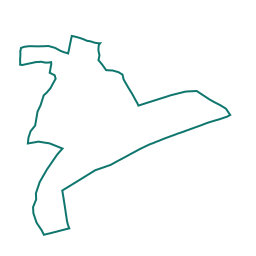 Jayawijaya, Papua, Indonesia, rotated 354°
{"feature_id": "22746128B40741333574981", "entity_name": "Jayawijaya", "entity_type": "district", "adm_level": 2, "iso_a3": "IDN", "parent_name": "Indonesia", "parent_adm1": "Papua", "projection": "albers", "projection_center": [138.85, -4.123], "detail": "fine", "context": "isolated", "style": "outline", "palette": "teal", "viewbox_px": 256, "rotation_deg": 354, "n_neighbors": 0, "source": "geoboundaries", "source_scale": "gbopen_adm2", "svg_char_len": 2557}
<svg xmlns="http://www.w3.org/2000/svg" viewBox="0 0 256 256"><g transform="rotate(354 128 128)"><path d="M128.1,74.3L125.8,72.6L124.3,71.4L122.4,70.7L118.7,69.2L112.3,68.2L110.8,65.5L108.8,62.0L105.7,57.4L107.2,52.9L107.1,51.6L107.1,51.4L106.8,48.9L106.7,47.5L106.8,46.7L107.2,44.3L107.3,43.9L107.7,42.3L109.1,40.8L107.8,40.7L104.7,40.0L102.5,39.1L99.5,37.8L96.6,37.1L95.3,36.4L92.7,34.9L89.4,33.4L88.8,33.2L86.8,32.3L83.7,31.2L81.7,30.6L78.4,40.8L77.4,44.1L77.1,45.0L76.2,47.6L72.8,46.1L72.4,46.0L70.3,44.9L69.6,44.6L68.9,44.2L64.9,41.4L64.5,41.2L63.7,40.6L61.9,39.9L60.1,39.2L57.6,38.2L57.3,38.1L56.8,38.1L53.2,37.9L48.4,37.5L48.2,37.5L45.5,37.2L39.2,36.4L38.2,36.3L33.3,36.4L29.9,37.2L29.8,37.5L29.4,39.4L28.9,40.1L28.8,42.2L28.8,42.3L28.5,44.9L27.9,48.3L27.8,49.0L27.6,51.9L27.3,53.7L29.4,54.3L33.9,53.8L38.8,53.3L39.0,53.3L42.4,52.9L42.5,52.8L44.3,52.9L46.8,53.0L48.4,53.0L49.6,53.4L52.5,54.3L53.4,54.4L55.5,54.6L57.6,54.6L58.4,54.5L58.4,56.1L58.4,56.4L57.8,58.4L55.9,64.9L58.3,66.4L59.5,67.2L60.6,67.9L60.7,68.4L61.1,71.1L61.2,71.4L60.9,71.8L60.5,72.4L59.1,74.4L58.1,75.8L56.0,78.9L54.8,80.6L54.7,80.7L54.4,80.9L50.9,84.3L50.3,84.7L50.1,84.9L47.6,86.7L46.3,89.7L43.2,96.7L42.8,97.3L41.4,99.5L39.7,102.4L35.9,115.9L35.0,116.8L30.8,121.0L28.0,127.2L26.8,132.9L31.7,132.6L37.6,132.2L42.7,133.6L48.4,135.1L52.6,137.3L60.7,141.6L54.9,146.9L43.1,160.7L41.3,163.2L34.6,172.4L29.6,183.3L29.2,189.5L27.9,191.9L25.3,196.8L25.0,202.9L27.1,212.3L27.7,213.6L30.0,218.0L31.4,220.6L33.2,225.4L36.0,225.0L40.0,224.5L51.3,222.8L55.3,222.2L59.1,221.7L58.1,217.9L57.6,213.8L57.4,209.2L57.3,207.4L57.1,202.2L56.9,198.0L56.5,190.1L56.1,183.3L56.5,183.1L63.5,179.8L81.4,171.2L90.9,166.6L96.5,165.3L101.4,164.2L102.0,164.0L106.8,162.9L111.3,161.0L112.9,160.3L121.3,156.9L126.9,154.6L128.2,154.0L130.3,153.2L136.1,150.8L137.8,150.1L141.1,148.9L142.0,148.6L146.8,146.9L147.7,146.6L151.2,145.7L153.6,145.0L155.2,144.5L156.6,144.2L160.3,143.1L163.9,142.1L167.0,141.3L175.4,139.2L177.0,138.7L177.3,138.7L183.1,137.4L184.5,137.0L195.4,134.3L200.3,133.1L202.0,132.7L202.7,132.5L203.2,132.3L204.3,132.0L209.6,130.7L220.6,128.7L221.3,128.5L222.5,128.3L222.8,128.2L228.0,127.0L231.0,125.7L227.4,119.0L221.8,114.7L220.2,113.7L215.8,110.8L211.9,108.0L208.0,104.8L204.1,101.6L200.2,98.4L191.5,97.9L189.0,97.8L188.2,97.9L173.4,100.0L171.3,100.5L162.5,102.3L157.1,103.4L150.8,104.7L140.7,106.8L139.8,104.1L138.8,101.9L138.0,100.0L136.4,96.1L135.3,93.6L134.3,91.6L132.0,86.7L131.8,86.2L129.6,81.3L128.7,79.1L128.6,78.2L128.1,74.3Z" fill="none" stroke="#0f766e" stroke-width="2"/></g></svg>